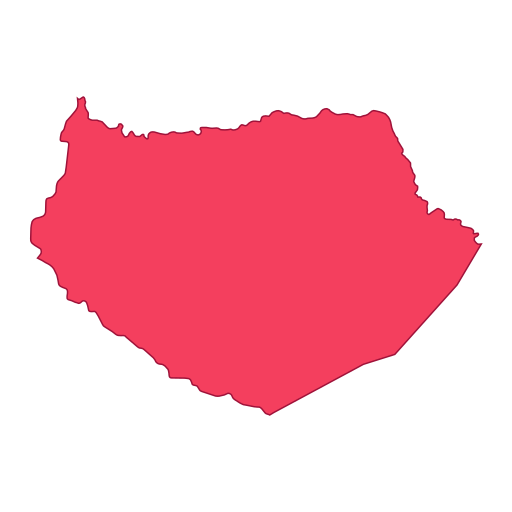 Unión Cantinil, Huehuetenango, Guatemala
{"feature_id": "79465075B38315595445593", "entity_name": "Unión Cantinil", "entity_type": "district", "adm_level": 2, "iso_a3": "GTM", "parent_name": "Guatemala", "parent_adm1": "Huehuetenango", "projection": "albers", "projection_center": [-91.745, 15.587], "detail": "fine", "context": "isolated", "style": "filled", "palette": "rose", "viewbox_px": 512, "rotation_deg": 0, "n_neighbors": 0, "source": "geoboundaries", "source_scale": "gbopen_adm2", "svg_char_len": 5982}
<svg xmlns="http://www.w3.org/2000/svg" viewBox="0 0 512 512"><path d="M481.3,244.0L479.2,244.2L477.9,244.1L476.8,243.4L475.7,242.3L474.3,240.4L474.3,239.0L474.4,237.8L475.4,237.0L477.0,236.3L478.2,235.1L478.5,234.2L478.0,233.3L476.9,233.3L474.6,233.7L473.7,233.7L473.3,233.3L473.5,232.0L473.5,230.6L472.9,229.8L471.9,228.9L471.0,228.3L470.2,228.1L468.2,227.6L462.8,226.5L461.9,226.0L460.8,225.1L460.5,223.9L460.9,222.3L461.0,221.4L460.4,220.5L459.1,219.8L457.7,219.9L456.5,219.2L455.3,219.0L454.4,219.2L453.4,219.9L452.6,219.9L451.1,219.4L447.2,219.3L446.0,219.2L444.5,218.5L444.2,217.6L444.4,214.5L444.1,212.8L443.2,211.6L441.2,209.9L438.4,208.6L437.3,208.7L431.0,212.9L429.2,214.4L428.4,214.4L427.6,213.7L427.1,212.9L427.0,212.1L427.4,210.8L427.0,207.0L427.1,205.3L427.6,204.0L427.6,202.8L427.1,201.6L424.4,200.4L423.0,200.1L422.1,199.7L421.4,198.7L421.1,197.7L420.3,197.1L419.4,197.0L417.9,197.1L417.4,195.9L416.8,195.0L415.3,194.3L415.1,193.8L415.1,193.0L417.2,190.1L417.5,189.3L417.7,187.4L417.6,186.2L415.4,184.7L414.3,182.8L413.8,181.7L413.7,181.2L414.6,178.2L414.9,176.8L414.8,175.3L413.0,172.8L412.6,172.0L412.4,170.6L410.6,166.6L410.5,163.0L407.7,159.5L405.9,158.0L404.7,156.4L402.9,155.1L402.1,154.3L401.7,153.2L402.7,152.2L402.9,151.2L402.9,149.3L398.8,142.6L398.0,141.4L397.7,140.4L397.6,138.6L396.9,137.6L395.7,136.5L395.0,135.3L394.3,133.6L392.9,131.0L391.7,127.5L390.6,121.9L389.8,119.7L388.5,117.3L386.7,115.3L385.3,113.9L382.6,112.8L379.8,111.9L376.1,111.0L373.6,110.6L371.8,111.2L367.9,114.4L365.9,115.3L363.5,115.8L362.2,116.2L360.9,116.8L359.5,116.9L357.5,116.7L356.2,116.3L353.0,114.6L350.4,114.6L349.1,114.1L347.3,113.7L342.7,114.0L340.9,114.4L338.7,114.6L337.2,114.6L335.3,114.1L331.6,112.1L329.9,110.8L329.2,109.8L326.9,108.7L324.9,108.9L323.0,109.6L321.5,110.8L319.9,113.1L316.4,116.8L314.4,117.7L312.4,118.1L307.9,118.3L305.7,118.9L303.9,118.9L302.0,118.5L297.5,116.1L293.9,115.2L291.5,114.8L288.9,113.2L287.0,112.9L285.1,113.1L283.9,113.4L282.8,112.7L281.5,111.7L279.7,111.0L278.3,110.7L276.3,110.9L274.1,111.7L272.1,112.7L269.0,116.3L265.6,115.9L263.4,116.2L262.5,116.7L261.7,117.4L260.5,121.3L259.5,121.7L255.5,121.2L253.2,121.2L251.2,121.8L249.2,123.0L247.0,125.1L245.9,125.7L244.3,125.5L243.3,125.1L242.5,124.9L241.4,124.9L240.8,125.4L239.9,126.3L238.8,127.9L237.6,128.9L235.2,129.8L233.6,130.0L232.5,129.9L230.8,129.2L227.9,129.7L225.0,129.9L222.2,129.8L220.5,129.6L218.3,128.3L216.6,128.0L212.2,128.3L210.6,128.2L206.4,127.5L201.9,127.5L200.8,127.7L200.5,127.9L200.3,128.7L200.3,129.3L201.1,130.2L201.3,131.8L200.8,133.2L199.8,134.3L198.5,134.9L197.2,134.8L195.9,134.2L193.7,131.8L192.6,131.2L191.1,131.3L189.8,131.6L188.7,132.1L186.3,132.4L183.1,133.0L181.5,133.2L179.0,133.1L176.5,132.9L175.0,132.1L173.7,131.9L171.9,132.1L170.6,132.5L169.3,133.1L168.2,134.0L167.3,134.3L165.2,134.5L160.3,133.7L154.3,132.0L152.5,131.9L151.0,132.1L149.8,132.9L148.8,133.9L148.2,135.3L148.1,138.1L147.7,138.8L146.7,138.8L145.4,137.8L144.0,136.4L143.9,135.1L143.5,134.5L142.3,134.5L139.8,136.5L136.2,136.4L135.2,135.9L134.3,134.9L133.4,133.3L132.5,132.1L131.8,131.4L130.7,131.8L129.3,133.4L128.6,134.9L128.0,136.0L127.0,136.6L125.8,136.9L124.6,136.8L122.0,132.9L121.4,130.0L121.8,128.8L122.3,128.0L122.8,126.7L122.8,125.9L121.4,124.2L120.6,123.9L119.5,124.0L118.9,124.3L118.5,125.4L118.6,126.1L117.5,127.2L116.3,128.1L115.0,128.3L110.1,128.7L108.8,128.4L107.3,127.3L102.2,121.9L99.9,121.1L98.8,120.9L97.1,120.2L92.3,120.2L91.2,119.9L89.4,119.2L88.2,118.3L88.1,117.2L88.3,114.9L88.2,112.9L87.5,111.6L86.8,110.6L85.4,108.2L85.5,107.4L84.9,106.4L84.8,104.8L85.0,103.9L85.4,103.0L85.5,101.7L85.0,100.6L84.7,98.7L84.1,97.5L83.3,97.0L82.8,97.2L80.1,99.0L79.1,99.4L78.4,99.2L77.5,98.4L77.9,102.8L77.9,103.9L77.7,106.5L77.3,107.8L75.7,110.5L70.8,116.4L66.5,121.2L65.6,123.7L64.2,128.9L63.6,130.1L62.1,131.9L61.6,132.5L61.1,134.1L60.5,137.1L60.3,139.7L60.5,140.4L60.9,140.9L61.5,141.2L66.4,141.6L67.1,141.8L67.8,142.2L68.6,143.0L68.8,144.6L66.2,167.2L65.3,173.2L64.7,174.3L63.8,175.5L58.5,180.9L57.7,182.0L57.0,183.7L56.5,185.9L56.0,192.1L55.0,193.9L53.0,196.2L52.2,196.8L50.6,197.6L48.3,198.1L46.8,198.8L46.4,199.4L46.0,200.7L45.9,202.6L45.6,212.3L44.9,214.3L44.2,215.2L43.2,216.1L41.7,216.7L39.8,217.4L37.2,218.0L35.8,218.4L33.8,219.6L32.9,220.6L32.1,221.8L31.4,224.8L31.0,228.0L30.7,238.7L30.8,240.6L31.1,241.6L31.9,243.0L33.3,244.2L34.9,245.4L40.3,248.7L40.8,249.3L41.1,250.3L41.3,251.7L41.1,253.2L40.5,254.3L39.3,255.9L37.5,258.1L42.2,260.5L45.6,262.6L47.8,263.7L49.8,264.9L51.9,266.6L53.7,268.7L55.3,271.9L56.9,275.2L58.0,280.1L58.6,283.7L59.0,284.8L59.7,285.7L60.7,286.4L62.5,287.3L65.9,288.6L66.6,289.2L67.2,290.0L67.5,291.3L67.5,293.2L67.1,296.1L67.1,297.7L67.2,298.6L67.7,299.2L68.2,299.6L72.0,300.8L75.3,302.3L76.6,302.6L78.5,303.3L79.4,303.2L80.5,302.7L81.7,301.6L82.5,301.0L83.3,300.8L84.1,300.8L85.2,301.2L86.1,301.9L86.7,302.9L87.7,305.8L88.7,310.4L89.1,311.0L89.9,311.4L91.6,311.6L94.4,311.4L95.2,311.7L96.1,312.5L98.2,315.9L102.6,324.5L103.5,325.9L105.3,327.2L112.3,331.6L115.6,334.2L116.9,335.0L118.1,335.4L121.1,335.6L123.2,335.5L124.4,335.7L125.0,335.9L126.4,337.3L137.3,346.6L138.5,347.5L139.6,348.0L141.2,348.2L142.7,348.6L143.9,349.4L153.3,357.7L154.4,359.1L155.2,360.3L155.7,361.5L156.6,362.6L157.9,363.5L159.2,364.0L161.9,364.3L163.2,364.8L165.0,366.0L168.0,369.3L168.5,370.6L169.0,373.4L169.1,375.0L169.4,376.6L169.7,377.1L170.4,377.7L171.5,377.9L184.8,378.1L188.8,378.6L189.7,379.1L190.5,379.8L191.5,382.0L192.2,384.2L193.2,385.0L196.0,385.6L196.8,385.9L197.4,386.4L199.7,390.1L200.4,390.8L201.9,391.5L215.5,396.0L217.4,396.2L219.2,396.1L224.4,394.9L227.4,393.5L228.2,393.3L229.5,393.5L230.8,394.2L231.6,395.1L232.8,397.7L233.7,398.8L235.0,399.8L240.0,403.0L241.4,403.7L243.3,404.6L246.6,405.2L254.1,406.7L257.1,407.0L259.3,407.1L260.3,407.5L261.6,408.6L262.4,409.5L263.4,410.8L265.3,413.1L266.2,413.7L269.0,414.6L269.7,415.0L274.0,412.4L363.4,364.3L394.8,354.4L457.0,285.0L481.3,244.0Z" fill="#f43f5e" stroke="#9f1239" stroke-width="1.5"/></svg>